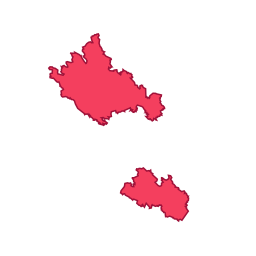 the district of Acatlán, Puebla, Mexico, rotated 308°
{"feature_id": "50627088B33588615579105", "entity_name": "Acatlán", "entity_type": "district", "adm_level": 2, "iso_a3": "MEX", "parent_name": "Mexico", "parent_adm1": "Puebla", "projection": "equal_earth", "projection_center": [-98.098, 18.124], "detail": "fine", "context": "isolated", "style": "filled", "palette": "rose", "viewbox_px": 256, "rotation_deg": 308, "n_neighbors": 0, "source": "geoboundaries", "source_scale": "gbopen_adm2", "svg_char_len": 5887}
<svg xmlns="http://www.w3.org/2000/svg" viewBox="0 0 256 256"><g transform="rotate(308 128 128)"><path d="M113.4,102.6L114.9,106.2L115.3,106.0L115.0,107.0L115.5,107.2L115.4,106.1L116.0,106.3L116.3,105.7L117.0,107.5L117.8,107.8L117.8,108.6L119.2,108.6L119.2,105.9L119.8,104.8L119.0,103.8L118.6,104.3L118.4,103.5L118.8,102.4L119.8,102.1L119.7,100.8L121.0,102.0L121.0,103.7L123.0,106.7L123.0,107.5L124.4,106.9L124.7,105.6L125.3,106.7L126.9,107.8L128.7,105.8L130.6,104.9L134.1,107.5L132.8,109.2L133.1,109.5L133.1,110.9L134.4,110.6L136.1,112.3L137.3,112.6L138.5,113.7L138.9,115.2L139.7,114.4L145.3,117.4L144.2,118.5L144.7,118.6L144.9,119.5L144.4,119.0L143.4,119.1L144.4,119.6L144.3,120.5L143.7,120.5L143.6,122.4L144.0,123.0L144.6,122.7L145.1,123.3L145.5,123.1L146.0,124.2L146.8,123.3L147.7,123.9L147.9,122.9L148.7,122.6L149.0,123.3L149.4,123.1L149.2,122.0L150.2,121.3L151.8,121.3L153.5,125.7L153.5,127.4L152.9,128.3L152.4,131.2L151.8,131.0L151.4,132.4L151.0,132.3L151.6,133.1L151.0,133.3L151.4,134.2L150.5,134.2L151.1,135.5L150.0,135.3L149.5,136.3L148.7,136.0L148.1,135.1L147.5,138.6L148.8,139.8L148.2,140.2L148.8,141.2L148.5,142.7L149.9,143.2L151.4,142.4L151.8,143.7L151.5,144.8L151.8,145.6L152.4,144.2L153.5,143.6L154.0,144.4L154.9,144.6L155.2,144.1L156.8,145.8L158.3,145.3L158.9,146.7L159.4,146.0L160.2,145.9L160.3,144.4L161.5,143.0L163.7,144.3L164.0,144.4L164.0,143.8L164.5,144.1L164.9,143.8L165.9,144.8L166.7,143.9L167.1,142.0L166.7,140.7L167.5,138.9L167.6,137.7L169.0,137.5L169.7,135.8L171.1,135.2L171.1,134.6L173.4,134.7L174.6,134.0L172.3,129.1L172.4,128.6L170.8,126.3L166.8,125.4L165.1,126.5L164.3,126.4L164.6,125.0L163.9,124.5L164.0,124.0L163.6,124.3L163.7,123.6L163.3,123.1L169.8,117.7L169.4,115.5L169.8,113.6L170.4,113.2L169.9,112.7L170.0,112.2L168.4,111.5L166.5,113.2L165.9,113.0L166.1,110.5L166.8,110.0L167.2,108.8L166.2,107.2L167.9,105.0L168.8,99.3L169.6,100.2L170.7,100.5L171.1,100.0L170.9,99.1L172.4,98.3L172.3,97.2L172.7,96.7L171.9,95.9L171.9,94.1L171.5,93.5L171.0,93.7L171.2,93.0L170.9,92.9L171.5,92.0L170.9,89.6L171.0,88.1L169.5,89.1L168.0,88.3L167.1,89.3L167.6,87.9L166.6,87.6L165.3,90.1L165.3,85.8L165.9,84.2L166.9,83.7L166.9,83.2L165.1,81.5L164.3,81.1L163.9,81.6L162.0,78.4L162.4,76.3L164.0,75.5L164.0,77.0L165.3,77.4L166.1,76.9L166.4,77.5L167.4,74.2L169.3,73.4L170.4,72.0L171.6,72.7L172.3,71.8L171.0,66.3L171.4,64.3L170.9,63.0L171.7,62.7L171.9,63.2L172.9,62.2L173.5,62.5L173.0,59.9L174.1,59.0L175.1,56.7L175.0,55.9L177.0,53.0L180.3,51.1L180.3,49.6L181.1,48.4L183.0,48.3L183.9,46.7L182.7,45.6L181.8,45.5L181.1,44.4L179.3,44.1L178.5,43.2L177.8,43.5L176.8,43.0L174.4,46.1L173.6,47.7L172.7,46.7L172.7,45.3L171.3,44.2L169.0,43.6L165.9,43.8L163.8,42.5L163.0,44.4L162.1,43.8L160.6,44.6L159.9,47.8L159.2,48.7L158.2,49.3L157.2,48.5L156.7,49.2L156.5,52.4L155.7,54.4L153.5,55.3L152.9,55.1L153.4,52.6L155.1,47.9L156.2,46.4L155.7,46.1L155.8,44.3L155.0,40.0L154.8,40.5L153.1,38.7L151.9,37.1L151.8,36.2L151.3,38.3L150.2,39.9L150.2,40.8L147.1,41.8L147.0,42.6L146.1,43.8L144.4,42.8L142.9,39.3L141.9,38.7L140.9,39.5L139.9,42.0L139.0,43.0L138.4,42.7L137.8,40.8L137.9,39.1L136.7,38.4L136.0,38.9L135.4,37.6L134.5,39.2L133.4,39.3L132.1,40.5L131.1,40.4L130.5,42.0L131.1,44.4L129.6,44.4L127.5,39.4L128.5,38.2L130.4,37.1L130.2,33.8L129.3,32.1L129.5,30.8L128.2,28.9L126.4,28.7L125.8,30.3L127.2,32.3L127.1,32.8L124.5,34.5L123.1,33.3L122.5,33.4L121.3,34.6L121.4,35.3L120.5,34.9L119.7,35.6L120.6,37.8L121.4,38.6L120.6,43.2L120.7,44.1L121.7,45.4L120.0,48.0L119.2,48.5L119.6,48.9L118.9,50.7L119.2,52.2L118.6,53.4L115.9,52.5L114.2,54.3L113.3,54.5L113.4,55.0L112.7,55.2L112.2,56.1L112.2,57.4L114.5,59.6L115.0,61.5L114.6,62.2L115.1,62.8L115.2,64.2L116.1,64.0L115.7,66.0L116.6,67.4L116.4,69.1L114.5,71.9L112.5,76.3L112.5,84.2L112.1,85.3L112.5,85.1L112.9,86.4L114.0,87.2L114.0,88.7L113.4,90.1L114.8,89.1L114.4,91.2L113.7,91.8L114.0,93.1L113.7,95.2L112.8,95.9L113.6,96.9L114.6,96.6L114.7,97.7L115.1,98.0L114.5,99.0L115.0,99.1L114.5,100.1L114.5,101.5L114.8,102.0L114.6,103.0L113.6,102.1L113.4,102.6ZM100.4,223.8L101.0,223.5L100.9,222.9L101.7,222.2L101.7,221.6L102.4,222.2L103.3,222.1L103.4,221.2L103.7,221.7L104.0,221.1L103.6,220.3L106.0,219.9L106.2,220.4L107.4,219.4L107.1,219.9L108.0,220.2L110.1,218.9L110.0,217.9L111.3,217.6L110.9,217.2L111.5,216.1L111.5,215.1L112.3,214.5L112.3,213.4L111.3,212.8L112.7,212.1L113.0,211.0L110.9,209.4L110.7,205.4L111.7,205.2L111.9,204.4L110.5,201.5L111.3,201.3L111.8,199.1L111.7,197.1L112.8,196.6L113.9,193.1L115.8,193.1L116.6,191.0L115.6,189.0L114.0,191.0L112.5,191.1L110.5,190.3L109.9,188.6L109.9,185.9L109.5,185.1L109.0,185.4L108.4,186.9L107.5,186.5L106.9,189.1L105.2,188.4L103.3,189.8L101.6,189.0L101.2,187.0L101.9,182.7L104.1,183.3L105.7,182.6L106.2,176.0L107.3,175.7L107.0,173.6L108.7,171.8L107.2,171.5L107.3,170.7L105.6,169.2L106.0,164.7L104.3,163.9L103.6,162.4L103.0,161.6L102.0,161.4L101.2,160.0L100.0,160.3L99.9,162.7L98.9,163.9L97.4,164.0L96.6,165.4L92.4,163.3L91.5,162.1L91.0,162.4L90.5,164.4L89.2,165.5L89.1,167.1L87.7,168.2L87.3,166.7L86.9,166.6L85.4,168.6L84.6,167.6L84.4,165.9L85.5,165.5L86.3,163.9L85.3,163.2L84.4,161.3L82.4,159.7L79.7,161.2L74.3,161.2L72.3,162.1L72.5,163.7L72.1,164.8L73.7,165.2L74.1,165.8L73.5,167.3L74.3,171.3L73.9,172.0L74.3,173.3L74.1,176.1L74.9,175.9L75.4,176.3L76.6,180.2L74.1,181.3L73.9,184.1L74.4,185.2L74.2,186.7L75.1,187.3L76.0,186.4L76.8,186.6L76.4,187.2L75.7,189.7L79.9,188.7L78.9,193.9L77.9,194.4L79.4,195.6L81.6,194.3L82.4,194.3L82.2,195.3L83.0,196.0L82.9,196.8L83.3,198.0L84.2,198.5L84.7,199.6L85.0,199.2L85.3,200.0L85.9,199.9L86.8,201.0L87.0,200.6L87.7,201.7L87.0,203.0L86.1,202.9L84.9,203.8L85.0,204.2L84.0,204.7L84.2,205.3L83.7,206.1L83.8,207.7L83.5,208.1L83.9,208.3L84.0,209.5L81.3,212.2L81.9,212.7L82.1,213.8L84.1,215.0L84.9,217.2L84.8,218.7L85.3,218.9L84.9,220.4L86.4,222.8L85.8,223.8L85.9,225.1L86.8,224.6L88.2,225.3L88.5,227.3L99.6,226.7L100.4,223.8Z" fill="#f43f5e" stroke="#9f1239" stroke-width="1.5"/></g></svg>